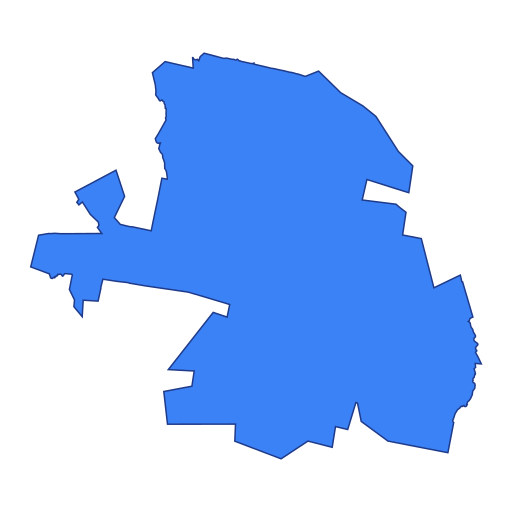 Gran Morelos, Chihuahua, Mexico
{"feature_id": "50627088B37419828791353", "entity_name": "Gran Morelos", "entity_type": "district", "adm_level": 2, "iso_a3": "MEX", "parent_name": "Mexico", "parent_adm1": "Chihuahua", "projection": "albers", "projection_center": [-106.583, 28.304], "detail": "fine", "context": "isolated", "style": "filled", "palette": "blue", "viewbox_px": 512, "rotation_deg": 0, "n_neighbors": 0, "source": "geoboundaries", "source_scale": "gbopen_adm2", "svg_char_len": 5757}
<svg xmlns="http://www.w3.org/2000/svg" viewBox="0 0 512 512"><path d="M155.3,138.6L155.4,139.0L155.6,139.8L156.2,141.7L156.5,142.2L156.9,142.7L157.3,142.9L157.7,143.1L158.1,143.3L158.6,143.3L159.4,143.3L159.8,143.1L160.2,143.0L160.3,142.9L160.5,142.9L160.5,143.0L160.3,143.3L159.8,144.4L159.4,146.2L158.8,148.3L158.8,148.7L159.0,149.2L159.8,150.8L160.3,151.9L160.5,152.3L160.8,152.6L161.5,153.4L162.0,153.9L162.3,154.3L162.5,154.6L162.6,155.9L162.7,157.1L162.8,157.6L163.2,158.8L163.5,159.4L164.4,162.2L164.6,162.7L164.7,163.0L164.6,163.7L164.7,167.3L164.7,167.8L164.7,168.2L164.8,168.5L165.5,169.6L165.9,170.2L166.1,170.7L166.3,171.5L166.5,172.1L166.6,172.7L166.7,173.3L166.9,174.7L167.0,176.0L167.2,176.7L167.3,177.6L167.2,179.2L161.9,178.2L157.9,198.4L153.8,218.0L151.2,230.8L132.8,226.9L129.5,226.6L120.3,224.4L114.3,217.6L124.6,196.4L116.0,170.2L74.9,192.0L78.8,199.3L76.8,202.3L78.9,204.9L82.4,202.0L90.3,214.4L98.3,222.1L98.9,225.4L97.4,227.4L101.8,233.5L99.2,233.5L83.1,233.6L67.2,233.7L60.7,233.7L54.5,233.3L53.4,233.4L52.3,233.5L50.8,233.6L48.8,233.5L47.6,233.7L45.6,234.0L38.6,235.2L30.7,266.9L48.1,273.4L48.5,273.5L48.8,273.6L49.1,273.5L49.3,273.6L49.4,274.5L49.6,275.0L49.8,275.2L50.2,276.3L50.5,277.0L50.4,277.5L50.6,277.8L51.4,278.3L52.1,278.5L52.8,278.2L53.2,277.6L53.5,277.4L53.9,277.4L54.4,277.8L54.8,277.7L55.0,277.4L55.0,277.0L54.9,276.7L55.1,276.5L55.4,276.6L55.8,276.6L56.0,276.5L56.2,276.3L56.2,276.0L56.3,275.8L56.5,275.8L57.0,275.8L57.3,275.7L57.5,275.6L57.5,275.3L57.4,275.0L57.5,274.7L57.8,274.3L58.4,274.4L58.8,274.4L59.3,274.3L59.8,274.3L60.2,274.2L60.4,274.1L60.6,274.1L60.9,274.2L61.2,274.5L62.0,275.5L62.1,275.8L62.4,276.1L62.6,276.1L62.9,276.0L63.4,275.6L63.8,274.8L64.5,273.9L65.0,273.6L70.5,274.1L71.5,274.2L72.1,274.5L72.3,275.2L71.9,276.8L69.4,289.5L74.5,299.9L73.9,306.7L82.2,316.7L83.2,300.2L98.1,301.1L100.9,288.2L100.9,287.0L102.9,279.2L117.2,281.4L127.0,282.5L128.2,282.7L129.9,283.3L131.4,283.5L135.5,284.2L145.5,285.9L188.1,292.1L206.5,297.5L229.7,304.5L227.1,317.1L213.2,312.4L168.3,369.6L194.2,371.0L191.9,386.2L163.8,391.5L167.5,424.2L235.5,424.1L234.9,439.4L234.8,441.2L281.1,458.8L307.9,441.1L332.2,447.3L335.5,426.6L347.7,429.5L355.9,402.5L357.5,403.1L359.7,413.7L361.2,421.4L388.0,441.1L447.9,452.7L453.7,422.5L453.3,422.1L452.9,421.5L452.7,421.0L452.8,420.5L453.1,419.5L453.4,419.1L453.5,418.4L453.8,417.7L454.3,416.2L454.8,414.5L455.3,413.3L455.9,412.4L456.5,411.4L457.5,409.8L457.9,409.4L458.6,409.0L459.3,408.4L459.7,408.2L459.9,407.7L460.2,407.2L460.7,407.0L461.0,406.6L461.2,406.2L461.5,406.2L462.1,406.4L462.4,406.5L462.7,406.4L463.5,405.6L463.9,405.4L464.0,405.5L464.3,406.0L464.6,406.4L464.9,406.5L465.1,406.6L465.3,406.6L465.6,406.5L466.0,406.4L466.3,406.2L466.6,405.9L466.7,405.4L466.7,405.1L467.0,404.9L467.3,404.6L467.2,404.4L466.7,404.1L467.7,401.8L468.9,400.8L469.3,400.4L469.5,400.0L470.5,398.7L471.1,397.3L471.3,396.8L471.4,396.5L471.7,396.1L472.3,394.6L472.6,391.5L473.3,390.3L473.9,389.6L474.2,389.0L474.8,388.2L474.9,387.1L475.0,386.1L475.1,385.6L475.1,385.2L475.0,384.6L474.9,384.0L474.6,383.3L473.3,382.6L473.0,382.2L472.7,381.6L472.7,381.2L472.8,380.8L473.1,380.4L473.1,380.1L472.9,379.6L472.9,379.2L473.0,378.6L473.4,378.0L474.1,377.5L474.4,375.8L474.8,374.9L475.2,374.5L475.3,374.1L475.0,374.0L475.4,373.2L474.1,368.8L475.1,367.8L475.6,367.4L475.2,363.4L481.3,363.9L478.0,356.9L475.5,352.4L476.2,351.4L476.8,350.9L476.7,350.3L476.2,349.8L475.8,349.5L475.5,347.8L476.1,346.9L476.8,345.9L477.5,345.3L477.9,344.4L477.7,343.7L477.1,343.1L476.6,342.8L476.1,342.4L475.2,341.7L474.3,340.9L474.0,340.2L473.9,339.6L473.9,338.9L474.2,338.0L475.0,337.4L475.4,336.8L475.5,335.8L475.0,334.8L474.6,334.1L474.3,333.4L473.8,332.8L473.2,331.6L473.0,330.5L472.8,329.6L472.3,328.8L471.6,327.9L470.9,326.7L470.4,324.4L470.3,323.4L470.0,322.8L469.8,322.4L468.3,321.5L469.2,320.8L470.0,318.5L471.4,317.7L472.9,317.1L471.4,312.0L467.1,297.3L466.2,294.3L462.6,281.9L461.9,281.9L460.3,275.1L433.9,287.8L421.3,238.6L402.6,235.0L406.0,212.3L399.4,207.2L396.0,204.2L362.2,200.0L366.9,179.5L397.8,189.3L408.8,192.7L412.8,165.9L398.4,151.5L375.9,116.4L362.9,105.9L340.7,92.7L318.6,71.1L305.3,76.4L298.2,74.1L297.5,73.9L296.8,73.9L293.9,73.0L292.9,72.8L291.0,72.3L290.5,72.3L290.0,72.3L284.5,70.9L278.7,69.7L274.8,68.8L272.6,68.4L271.9,68.4L254.6,64.3L254.2,64.1L254.1,63.8L254.0,63.6L254.0,63.4L254.0,63.0L253.9,63.0L253.6,63.2L253.2,63.9L252.7,63.7L252.3,63.5L251.9,63.5L250.9,63.5L240.5,61.2L240.2,61.1L240.1,60.9L239.9,60.9L239.7,61.0L239.2,60.8L238.5,60.2L238.1,59.7L237.4,59.2L237.2,59.2L237.1,59.3L236.8,59.5L236.6,59.8L236.2,60.0L235.7,60.0L235.2,60.0L234.7,59.7L234.3,59.5L233.8,59.3L233.3,59.3L232.7,59.4L231.6,59.2L229.2,58.7L227.1,58.2L226.2,58.1L225.1,58.2L224.3,58.4L223.7,58.4L204.1,53.2L200.3,56.5L199.9,57.4L199.6,58.4L199.4,59.0L199.2,59.7L199.0,60.6L198.8,60.8L198.3,60.5L197.9,60.1L197.6,59.4L197.3,59.3L197.0,59.4L196.5,59.7L196.2,59.7L195.5,59.7L194.7,59.6L194.2,59.4L193.8,59.0L193.6,58.5L193.2,58.0L193.0,57.6L192.6,57.6L193.2,68.1L165.1,61.6L152.4,72.7L155.3,84.8L155.6,87.8L155.9,90.0L155.9,92.6L155.7,94.3L155.8,95.0L156.1,95.6L156.8,96.4L157.4,97.3L158.2,98.4L158.9,99.7L159.5,100.5L160.0,100.9L160.6,100.8L161.2,100.3L161.5,100.0L161.9,100.0L162.2,100.1L162.4,100.5L163.0,101.3L163.3,101.5L163.6,101.6L163.9,101.8L164.1,102.1L164.1,102.5L164.1,103.0L164.2,103.5L165.1,105.0L165.1,106.1L165.1,106.7L165.3,107.1L165.4,107.3L165.5,107.5L165.2,108.0L165.3,108.4L165.6,108.4L165.8,108.5L166.1,108.7L166.2,108.9L166.2,109.2L166.1,110.1L166.1,111.2L166.2,111.7L166.1,112.2L166.0,114.2L166.1,115.4L166.3,115.9L166.2,116.5L166.0,116.9L165.7,117.3L165.6,117.8L165.6,118.4L165.8,119.2L166.0,119.6L166.0,120.1L158.2,134.0L155.3,138.6Z" fill="#3b82f6" stroke="#1e3a8a" stroke-width="1.5"/></svg>